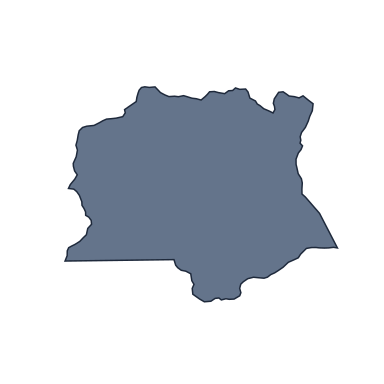 Cachoeira de Goiás, Goiás, Brazil, rotated 253°
{"feature_id": "56859067B5572489257411", "entity_name": "Cachoeira de Goiás", "entity_type": "district", "adm_level": 2, "iso_a3": "BRA", "parent_name": "Brazil", "parent_adm1": "Goiás", "projection": "robinson", "projection_center": [-50.689, -16.714], "detail": "fine", "context": "isolated", "style": "filled", "palette": "slate", "viewbox_px": 384, "rotation_deg": 253, "n_neighbors": 0, "source": "geoboundaries", "source_scale": "gbopen_adm2", "svg_char_len": 2073}
<svg xmlns="http://www.w3.org/2000/svg" viewBox="0 0 384 384"><g transform="rotate(253 192 192)"><path d="M231.5,74.9L229.3,79.8L226.0,81.9L221.7,83.3L214.9,83.8L211.4,82.9L207.8,83.9L204.1,84.4L200.8,83.5L198.2,85.9L194.3,87.3L190.5,86.5L187.7,81.7L182.0,78.5L180.1,74.7L177.6,70.3L176.1,64.8L175.5,61.1L174.8,57.8L172.2,55.5L167.6,54.0L163.1,50.4L132.6,155.0L126.8,155.0L123.8,156.2L120.3,158.8L118.1,162.9L114.2,166.9L107.2,165.9L103.1,166.9L99.7,164.0L94.0,162.9L87.4,168.0L83.4,171.7L82.0,178.1L83.5,183.0L82.8,186.7L80.2,188.5L80.0,193.2L78.5,196.2L77.3,201.0L78.8,207.3L81.4,209.3L85.9,209.4L89.6,211.7L91.2,214.9L92.8,220.0L92.5,225.9L90.7,230.2L88.5,235.7L88.5,239.3L90.0,243.2L90.5,247.4L91.7,251.7L93.4,257.1L96.6,263.5L97.3,269.3L98.0,274.4L100.8,277.7L104.6,284.9L104.0,289.8L102.7,294.3L101.4,297.3L99.7,302.2L98.6,306.3L97.7,311.2L96.0,314.7L134.3,307.7L154.1,298.9L157.9,296.6L162.5,297.9L168.4,300.1L172.7,300.5L178.5,298.9L184.5,299.4L188.0,299.6L193.0,301.1L198.2,305.1L200.6,308.6L203.8,311.2L207.1,309.6L209.7,311.2L213.2,311.6L216.9,314.2L220.6,319.3L225.8,323.9L229.9,326.7L234.5,330.8L241.0,333.6L245.4,330.4L251.5,326.3L250.7,321.9L253.3,317.7L255.4,312.9L258.1,310.9L261.2,308.4L262.0,304.0L257.0,297.9L253.0,295.7L249.9,295.9L246.6,295.4L243.9,292.6L247.0,289.3L250.7,284.9L254.7,282.3L257.1,280.1L260.5,279.3L264.9,274.8L271.3,274.8L274.8,273.4L276.2,267.7L278.8,264.0L277.2,260.5L278.1,256.6L276.5,252.0L279.3,246.4L281.6,242.7L282.7,238.1L280.9,235.3L279.4,232.5L277.3,227.6L280.0,223.3L281.7,219.4L284.9,214.7L286.6,212.1L287.1,206.9L288.7,203.3L290.0,197.8L292.8,194.4L296.3,190.9L300.3,188.9L303.3,187.4L304.5,181.7L306.4,177.6L306.7,174.2L304.8,171.2L302.4,169.4L298.7,167.0L294.8,165.1L292.3,157.2L290.5,151.6L287.2,151.3L284.3,147.8L284.8,141.0L285.8,135.8L286.7,131.6L286.2,127.5L285.4,124.0L284.3,117.8L285.7,110.6L285.7,106.2L283.6,102.1L280.0,99.9L274.8,97.3L270.7,94.7L265.6,94.7L259.6,91.6L254.1,86.8L251.3,86.1L246.5,85.9L242.0,87.3L238.6,83.7L234.7,77.8L231.5,74.9Z" fill="#64748b" stroke="#1e293b" stroke-width="1.5"/></g></svg>